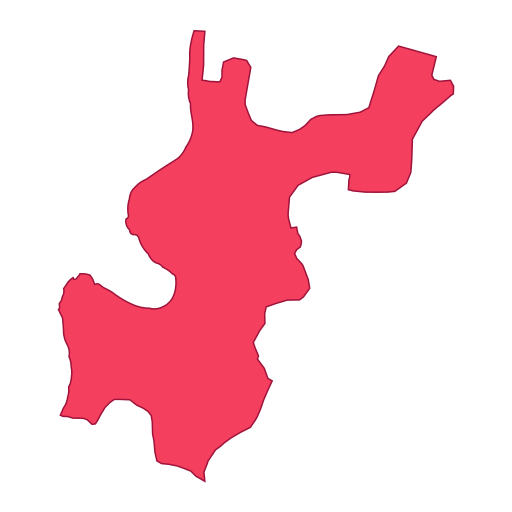 outline of Kafr Shukr, Al Qalyubiyah, Egypt
{"feature_id": "37247803B61393331220836", "entity_name": "Kafr Shukr", "entity_type": "district", "adm_level": 2, "iso_a3": "EGY", "parent_name": "Egypt", "parent_adm1": "Al Qalyubiyah", "projection": "mercator", "projection_center": [31.254, 30.554], "detail": "fine", "context": "isolated", "style": "filled", "palette": "rose", "viewbox_px": 512, "rotation_deg": 0, "n_neighbors": 0, "source": "geoboundaries", "source_scale": "gbopen_adm2", "svg_char_len": 5940}
<svg xmlns="http://www.w3.org/2000/svg" viewBox="0 0 512 512"><path d="M204.8,481.3L204.5,477.7L203.9,472.2L207.5,462.9L208.1,460.9L214.8,450.9L215.7,449.7L220.9,445.9L224.3,442.8L231.3,437.7L240.6,432.3L248.9,428.1L250.4,427.3L255.2,420.3L257.4,416.4L260.5,409.1L263.7,399.8L266.6,393.1L267.4,391.2L272.2,380.9L267.9,378.4L264.3,368.4L257.4,359.0L258.5,355.9L255.0,347.6L253.3,342.5L259.6,330.8L264.9,323.5L264.7,313.6L266.2,306.9L276.1,303.4L287.2,300.1L299.5,299.9L303.4,297.0L309.7,288.3L308.3,279.8L303.1,265.9L302.1,264.2L298.2,259.9L297.0,258.9L294.6,253.6L296.6,249.7L300.3,247.0L301.2,243.8L301.5,241.1L299.9,236.5L297.8,233.4L296.6,227.1L291.0,228.0L288.6,219.0L288.1,214.9L288.3,210.7L288.6,208.1L289.5,197.1L298.1,185.3L312.3,177.4L331.5,172.2L337.0,172.3L349.8,174.5L349.7,177.3L348.9,179.8L348.4,189.7L353.2,190.9L365.2,192.1L376.1,192.2L387.4,192.1L394.8,191.4L406.4,183.1L410.8,172.5L411.6,162.2L411.9,154.9L412.4,139.2L422.2,121.2L430.5,113.3L433.4,110.4L437.6,106.7L439.8,105.1L450.9,95.5L453.3,93.9L453.6,86.3L450.4,80.3L439.5,81.3L433.9,79.4L431.8,75.2L436.3,56.7L398.6,46.1L388.8,56.5L384.6,65.9L378.4,75.8L374.1,91.0L368.8,107.7L360.2,112.2L346.8,114.6L329.3,114.8L320.2,115.5L316.7,116.3L310.9,119.3L309.3,121.0L305.4,125.2L303.2,126.9L299.4,129.5L292.1,132.6L282.9,131.5L277.1,130.2L265.5,126.9L257.4,125.4L251.4,120.5L248.2,112.9L245.2,104.7L245.1,100.0L250.8,67.4L246.6,60.4L242.6,59.5L233.6,57.9L223.6,62.0L222.0,70.2L222.0,77.2L219.8,81.9L209.3,81.4L206.1,80.7L202.0,80.2L202.8,73.4L203.6,65.0L203.7,45.3L204.9,31.3L194.1,30.7L193.2,33.7L192.8,35.2L192.0,38.0L190.7,44.2L190.3,46.6L190.1,47.9L189.9,50.4L189.7,52.8L189.7,55.3L189.8,58.5L189.5,64.1L189.1,70.2L188.7,75.1L188.4,76.6L188.0,78.3L187.8,80.1L187.7,81.8L187.7,82.7L187.8,84.5L187.9,86.2L188.2,88.0L188.6,89.8L188.4,91.8L188.3,93.4L188.4,95.0L188.5,96.6L188.8,98.2L189.2,99.8L189.6,101.4L190.5,103.5L190.5,106.8L190.7,109.4L190.8,110.7L191.1,112.7L191.4,114.5L192.3,119.6L192.6,121.9L192.8,124.1L192.9,125.3L192.9,127.6L192.8,130.8L192.5,132.0L192.0,134.1L191.7,135.1L191.1,137.1L190.3,139.1L189.5,141.0L189.0,141.9L187.5,144.7L185.8,147.2L184.9,149.4L183.6,151.6L182.7,153.0L181.4,154.7L180.0,156.3L178.8,157.5L177.5,158.6L175.6,159.9L166.7,165.5L160.7,169.4L154.7,173.5L146.1,179.4L144.3,180.2L142.8,181.0L141.3,181.8L139.9,182.8L138.5,183.9L137.2,185.0L136.0,186.2L134.9,187.4L133.7,188.6L132.8,189.5L132.1,190.6L131.4,191.7L131.1,192.3L130.6,193.4L130.2,194.7L129.8,195.9L129.7,196.5L129.5,197.8L129.5,198.6L129.1,199.8L128.7,201.3L128.3,203.5L128.1,204.4L127.9,206.3L127.9,207.3L127.8,209.2L127.9,211.1L127.9,212.1L128.2,214.0L128.5,215.9L128.4,216.4L128.4,216.7L128.3,217.0L128.0,217.5L127.5,218.1L126.8,218.6L126.1,218.9L126.0,219.6L125.8,220.7L125.8,221.8L125.9,222.9L126.0,223.4L126.3,224.5L126.6,225.5L127.1,226.5L127.9,227.9L128.6,228.8L129.7,229.9L129.7,230.7L129.8,231.4L130.0,232.0L130.3,232.6L130.7,233.2L131.2,233.7L132.1,234.2L132.7,234.5L133.4,234.6L134.1,234.7L135.0,234.6L135.9,234.8L136.6,235.1L137.2,235.5L137.9,236.3L138.3,236.8L138.7,237.5L138.9,238.2L139.0,238.8L139.4,240.0L140.1,241.8L140.4,242.7L141.3,244.5L142.2,246.2L143.2,247.8L144.9,250.2L146.8,252.4L148.5,254.1L149.0,255.5L149.6,256.7L150.7,258.3L151.5,259.3L152.8,260.7L153.8,261.5L154.9,262.2L156.2,263.0L156.9,263.1L157.9,263.4L158.8,263.8L159.7,264.3L160.5,264.8L161.3,265.5L162.0,266.2L162.7,267.2L163.9,267.7L165.4,268.5L166.9,269.4L168.3,270.3L170.4,271.9L171.6,273.1L172.5,273.9L173.4,274.3L174.2,274.9L174.7,275.4L175.1,276.0L175.3,276.3L175.6,276.9L175.7,277.3L175.8,278.0L175.8,278.8L175.9,280.2L176.0,282.1L176.0,283.1L175.9,285.1L175.7,287.0L175.6,288.0L175.3,289.9L175.1,290.8L174.6,292.7L174.0,294.5L173.1,296.8L172.7,297.6L172.1,298.7L170.9,300.5L170.1,301.4L169.5,302.1L167.9,303.6L166.2,305.0L164.9,305.7L162.3,307.1L160.3,307.9L158.2,308.5L156.8,308.7L154.7,308.9L152.5,308.8L151.1,308.6L149.3,308.2L146.4,308.1L144.2,307.9L142.1,307.5L140.0,307.1L138.0,306.5L135.9,305.9L133.9,305.1L132.2,304.4L129.3,303.0L126.4,301.6L122.2,299.2L119.5,297.5L115.5,294.8L112.9,292.8L109.9,290.9L106.5,289.1L103.1,287.4L102.4,286.8L101.1,285.7L99.7,284.7L98.4,283.9L97.3,283.8L96.3,283.9L95.4,284.1L94.6,284.4L94.5,283.7L94.3,283.2L94.0,282.8L93.5,281.3L93.0,279.9L92.7,279.3L92.0,278.0L91.2,276.8L90.3,275.6L89.8,275.0L88.6,274.7L86.8,274.2L84.2,273.8L81.9,273.8L80.0,273.7L79.5,274.7L78.9,275.6L78.2,276.5L77.3,277.3L77.1,277.8L76.7,278.3L75.9,279.0L75.4,279.3L75.1,279.4L74.2,279.4L73.6,279.1L73.6,278.9L73.5,278.4L73.4,278.0L73.1,277.6L72.1,278.3L70.9,279.2L69.8,280.2L68.8,281.2L67.6,282.7L66.0,285.3L64.7,287.1L63.6,288.7L63.9,290.1L63.9,291.1L63.9,292.2L63.7,293.2L63.6,293.7L63.5,294.2L63.1,295.1L62.6,296.3L62.4,296.7L61.9,298.5L61.4,300.5L59.3,303.6L59.6,308.0L59.4,308.4L59.1,308.9L58.7,309.2L58.4,309.4L60.5,313.8L62.5,317.8L62.8,320.4L63.2,325.2L63.5,329.9L63.6,333.3L63.7,334.4L64.1,336.2L64.5,338.0L64.7,338.9L65.3,340.6L65.7,341.5L66.4,343.1L67.3,344.9L67.9,346.1L68.4,347.4L68.6,348.1L69.0,349.5L69.1,350.2L69.3,351.5L69.4,352.9L69.3,354.3L69.3,355.0L69.0,356.7L69.6,358.1L70.1,359.5L70.5,361.0L70.8,362.5L70.9,363.2L71.1,364.7L71.1,366.3L71.5,368.6L71.7,370.4L71.7,371.7L71.8,373.0L71.7,374.8L71.5,376.5L71.3,378.0L71.2,379.3L71.1,380.0L70.8,381.4L70.7,382.0L70.3,383.4L69.8,384.7L69.2,385.9L68.6,386.9L68.7,388.1L68.8,389.6L68.8,391.2L68.6,392.8L68.5,393.6L68.2,395.1L67.6,397.3L67.4,399.0L67.0,400.5L66.6,402.0L66.0,403.5L65.7,404.2L65.4,404.9L64.6,406.2L63.8,407.5L63.3,408.3L62.6,410.0L61.7,412.2L60.3,415.1L62.7,416.3L67.9,416.6L72.9,418.1L81.0,418.2L83.9,418.5L87.2,419.7L92.0,424.3L95.4,423.9L97.8,420.0L101.2,413.7L105.1,407.3L109.8,402.6L114.3,399.4L120.2,399.4L130.0,399.8L136.6,405.1L142.7,407.9L148.0,411.4L151.2,415.5L152.2,421.5L152.4,426.7L152.6,434.1L153.9,440.5L155.0,452.4L156.9,460.9L161.6,463.6L169.1,464.3L177.3,466.0L183.5,468.2L190.8,471.1L196.1,476.3L204.8,481.3Z" fill="#f43f5e" stroke="#9f1239" stroke-width="1.5"/></svg>